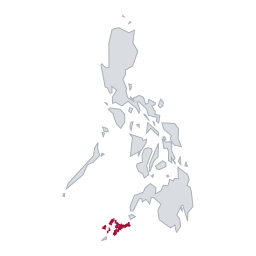 Sulu, Sulu, Philippines shown in context
{"feature_id": "2640588B7308386302326", "entity_name": "Sulu", "entity_type": "district", "adm_level": 2, "iso_a3": "PHL", "parent_name": "Philippines", "parent_adm1": "Sulu", "projection": "natural_earth1", "projection_center": [120.931, 5.941], "detail": "fine", "context": "in_parent", "style": "filled", "palette": "rose", "viewbox_px": 256, "rotation_deg": 0, "n_neighbors": 0, "source": "geoboundaries", "source_scale": "gbopen_adm2", "svg_char_len": 8589}
<svg xmlns="http://www.w3.org/2000/svg" viewBox="0 0 256 256"><path d="M118.8,27.7L128.8,32.8L134.4,30.2L132.9,42.7L137.8,51.2L132.7,66.0L125.5,70.0L125.6,74.1L122.8,79.5L126.8,88.8L125.9,91.2L127.8,97.7L133.8,101.5L133.6,98.0L139.3,95.4L143.5,97.4L145.7,104.3L148.4,102.9L148.7,99.4L155.3,102.9L155.2,104.7L151.8,105.9L155.4,111.9L155.0,114.4L159.8,115.5L158.7,122.9L156.2,121.0L157.2,117.4L148.6,115.4L146.6,109.1L138.9,101.8L137.2,102.1L139.9,109.9L139.0,113.0L136.0,107.9L127.9,101.3L122.1,105.9L115.4,102.2L112.6,103.4L112.3,97.4L116.7,90.2L111.9,86.5L112.0,92.8L110.0,93.2L107.4,87.9L105.2,87.0L101.0,64.9L101.8,63.8L106.2,68.1L109.0,67.2L108.9,43.1L112.1,29.4L118.8,27.7ZM177.9,167.1L187.6,174.6L189.2,179.7L187.0,185.3L190.0,187.0L191.3,191.5L193.0,206.5L187.8,212.7L187.7,221.2L182.8,205.1L180.9,206.2L176.8,215.2L179.6,218.7L180.7,226.4L176.4,232.3L174.8,224.9L170.7,228.0L159.2,219.7L157.9,210.4L160.9,204.1L153.5,197.5L151.2,197.7L149.8,203.9L145.9,199.3L142.4,202.0L141.7,199.0L139.4,198.4L133.0,211.1L130.5,210.8L130.0,207.2L134.3,195.5L143.3,192.2L145.2,187.8L150.4,183.6L156.0,187.8L155.3,193.9L160.7,191.0L163.5,185.2L167.9,185.8L169.8,179.4L173.4,181.0L174.4,178.5L178.3,178.7L177.9,167.1ZM148.8,174.7L144.4,178.0L142.7,173.9L138.6,171.4L136.4,166.0L137.4,163.8L142.5,161.9L142.0,155.3L144.2,149.3L147.9,147.6L151.4,148.7L152.1,151.0L146.7,165.4L148.8,174.7ZM174.6,123.5L178.6,128.8L178.0,138.2L181.3,146.7L174.6,145.2L171.9,142.2L170.3,138.8L171.3,135.5L163.9,129.4L161.8,122.9L174.6,123.5ZM129.8,134.1L142.3,138.2L143.0,140.6L146.6,139.1L146.1,143.0L141.4,150.3L130.4,156.3L132.4,137.4L129.8,134.1ZM82.9,174.9L66.4,188.9L68.2,183.4L93.5,155.7L94.6,147.9L98.0,142.6L97.6,148.3L99.8,155.4L93.1,162.3L87.6,164.6L82.9,174.9ZM109.4,108.0L120.2,109.3L124.5,114.0L124.8,121.8L120.7,128.4L116.4,123.8L112.8,113.4L108.6,109.6L109.4,108.0ZM165.7,142.1L170.5,141.7L171.8,144.2L171.6,150.9L175.1,158.4L173.4,160.3L171.3,157.5L171.8,162.7L168.5,160.6L168.6,151.0L166.9,148.1L164.0,148.7L162.4,139.1L165.7,142.1ZM149.5,171.9L149.7,163.8L158.5,143.2L158.0,157.0L153.9,161.2L149.5,171.9ZM166.0,166.6L159.7,169.5L157.1,169.1L155.5,166.1L162.5,160.7L165.8,162.8L166.0,166.6ZM147.6,122.6L158.4,132.3L158.5,135.7L150.8,128.4L146.6,133.0L147.6,122.6ZM162.6,106.2L160.2,107.7L158.3,105.7L160.8,99.1L163.4,102.4L162.6,106.2ZM135.4,216.6L130.5,219.5L128.8,215.6L131.8,214.4L135.4,216.6ZM102.5,127.1L107.1,128.4L108.3,131.6L104.2,131.7L102.5,127.1ZM129.8,107.6L132.5,108.8L131.0,112.9L128.6,110.9L129.8,107.6ZM118.0,224.5L123.1,227.0L115.8,226.8L118.0,224.5ZM180.8,164.6L178.2,161.4L180.5,156.3L180.2,159.4L180.8,164.6ZM132.9,121.6L131.1,130.2L129.9,126.6L131.0,122.4L132.9,121.6ZM106.2,236.5L106.5,239.1L101.5,240.6L106.2,236.5ZM131.4,84.6L131.2,88.4L130.0,90.0L128.8,84.0L131.4,84.6ZM140.4,151.6L138.3,156.6L138.2,153.7L140.4,151.6ZM104.5,133.1L103.3,136.7L102.1,132.5L104.5,133.1ZM166.1,139.8L164.4,139.9L162.8,137.1L164.8,136.7L166.1,139.8ZM139.1,124.1L139.1,127.3L136.6,124.7L139.1,124.1ZM187.3,166.4L184.9,165.8L186.0,162.3L187.3,166.4ZM145.0,114.3L149.4,120.8L143.8,114.4L145.0,114.3ZM104.1,154.3L101.2,156.1L102.0,153.2L104.1,154.3ZM153.4,174.6L152.8,177.3L151.2,175.9L153.4,174.6ZM154.0,122.2L154.9,126.1L152.8,121.2L154.0,122.2ZM64.5,196.5L63.0,196.3L63.3,193.9L64.5,193.6L64.5,196.5ZM168.9,176.7L167.0,176.9L166.8,175.4L168.0,175.1L168.9,176.7ZM182.2,210.9L180.9,209.2L181.3,207.4L182.2,208.3L182.2,210.9ZM106.9,103.2L107.7,105.4L105.4,102.8L106.9,103.2ZM174.6,161.4L175.4,164.3L173.3,160.8L174.6,161.4ZM130.7,22.3L128.5,24.1L130.1,21.5L130.7,22.3ZM133.3,99.6L130.3,97.9L130.4,96.8L133.3,99.6ZM122.7,15.4L124.6,17.4L122.5,16.0L122.7,15.4Z" fill="#d9dde1" stroke="#a8b0b8" stroke-width="1"/><path d="M121.3,228.0L121.2,228.2L121.4,228.1L121.3,228.3L121.4,228.2L121.5,228.2L121.4,228.0L122.3,227.3L122.6,227.4L122.6,227.6L122.7,227.0L123.1,226.9L123.3,226.7L123.2,226.1L122.7,225.9L122.5,226.0L122.4,226.2L122.2,225.9L122.0,226.1L121.3,225.7L120.3,226.1L119.6,224.8L119.1,224.6L117.7,224.7L117.6,225.1L117.3,225.3L116.4,225.6L116.1,225.9L115.8,226.8L115.9,227.3L116.3,227.4L116.5,227.7L116.7,227.8L117.8,227.2L118.2,227.5L118.3,227.8L118.5,228.0L118.6,227.9L118.7,227.7L118.4,227.7L119.2,227.5L119.4,227.2L119.7,227.2L119.8,226.9L120.0,227.1L120.2,226.7L120.8,227.2L120.8,227.3L120.6,227.5L120.7,227.8L121.0,227.7L121.1,227.9L121.3,228.0ZM112.0,219.8L111.5,220.2L111.0,221.9L110.5,221.8L110.4,222.1L111.2,222.3L111.8,222.1L111.9,220.5L112.1,219.9L112.0,219.8ZM115.5,232.4L115.1,232.7L115.1,233.1L115.2,233.7L115.6,234.1L115.9,234.0L116.3,233.3L115.8,232.8L115.8,232.6L115.5,232.4ZM119.5,228.4L119.3,229.0L119.4,229.4L119.7,229.5L120.3,229.2L120.1,228.6L119.5,228.4ZM127.8,224.6L127.7,224.8L128.0,225.2L128.4,225.6L129.1,226.1L129.8,225.7L130.3,225.2L129.1,225.7L128.5,225.4L127.8,224.6ZM114.9,233.4L114.9,232.9L114.7,232.8L114.3,232.9L114.0,233.6L114.1,233.8L114.5,233.9L114.6,233.7L114.9,233.4ZM115.3,230.6L114.9,230.7L114.8,231.3L115.6,231.3L115.7,231.1L116.0,231.0L116.0,230.9L115.3,230.6ZM116.3,229.8L116.0,230.1L115.9,230.6L116.0,230.8L116.6,230.5L116.6,230.0L116.3,229.8ZM127.0,225.2L126.6,225.2L126.6,225.4L126.8,225.6L126.3,226.1L126.5,226.2L126.9,226.1L127.0,225.8L127.4,225.5L127.0,225.4L126.8,225.5L126.9,225.3L126.7,225.3L126.6,225.2L127.0,225.2ZM123.0,225.1L122.7,225.5L122.8,225.8L123.2,225.8L123.4,225.4L123.0,225.1ZM112.8,221.0L112.6,221.5L112.7,221.3L112.8,221.4L112.8,221.7L112.7,221.4L112.4,221.8L112.5,222.1L112.9,221.7L113.0,221.2L112.8,221.0ZM113.6,219.2L113.0,219.5L113.6,219.8L113.6,219.2ZM110.2,223.3L109.8,223.4L109.6,223.6L110.1,223.9L110.3,223.5L110.2,223.3ZM118.4,230.8L118.0,231.1L117.7,231.0L118.1,231.4L118.5,231.1L118.4,230.8ZM125.3,226.4L125.3,226.5L125.1,226.7L125.2,227.1L125.6,226.7L125.3,226.4ZM114.8,234.2L114.9,233.4L114.6,233.7L114.6,233.8L114.5,234.0L114.4,234.1L114.4,234.3L114.7,234.6L114.8,234.6L114.8,234.4L114.7,234.6L114.6,234.3L114.8,234.2ZM128.6,223.3L128.3,223.6L128.4,224.0L128.8,223.7L128.6,223.3ZM128.9,223.7L128.5,223.9L128.6,224.2L129.0,224.2L128.9,223.7ZM115.8,220.7L115.4,220.7L115.4,221.2L115.6,221.2L115.8,221.0L115.8,220.7ZM125.0,225.8L124.9,225.4L124.7,225.6L124.6,226.2L125.0,225.8ZM105.4,226.2L105.3,226.3L105.2,226.4L105.6,227.3L105.6,227.1L105.4,226.7L105.3,226.3L105.5,226.4L105.4,226.4L105.5,226.6L105.4,226.2ZM111.2,223.8L111.2,224.1L111.4,224.3L111.5,224.0L111.2,223.8ZM103.1,227.8L102.9,228.0L103.4,228.2L103.1,227.8ZM109.4,229.0L109.4,229.4L109.6,229.6L109.6,229.3L109.4,229.0ZM117.0,222.8L116.9,223.0L117.0,223.3L117.0,223.0L117.1,222.9L117.3,223.0L117.2,223.2L117.4,223.2L117.0,222.8ZM104.1,227.8L104.0,228.0L104.0,227.9L104.1,228.0L103.6,228.2L104.1,228.1L104.1,227.8L104.1,227.8ZM117.7,230.2L117.4,230.2L117.5,230.5L117.7,230.2ZM123.6,224.8L123.5,225.2L123.6,224.8ZM104.0,227.0L103.7,227.1L103.8,227.2L103.7,227.2L103.7,227.3L104.0,227.3L103.8,227.2L104.0,227.0ZM128.8,222.2L128.8,222.5L128.9,222.4L128.8,222.2ZM116.6,223.2L116.1,223.6L115.9,223.8L116.2,223.5L116.3,223.6L116.5,223.3L116.6,223.2ZM120.3,228.8L120.4,229.1L120.8,228.9L120.5,228.9L120.5,229.0L120.3,228.8ZM117.4,230.8L117.4,231.1L117.6,231.3L117.7,231.2L117.4,230.8ZM113.7,234.1L113.7,234.3L113.8,234.3L113.7,234.2L113.9,234.3L114.0,234.8L114.0,234.5L113.9,234.3L113.7,234.1ZM120.4,228.2L120.5,228.5L120.4,228.2ZM118.7,228.2L118.6,228.3L118.7,228.5L118.6,228.4L118.6,228.5L118.8,228.4L118.7,228.2ZM107.7,231.9L107.7,232.1L107.8,232.0L107.7,231.9ZM105.6,226.5L105.4,226.7L105.5,226.8L105.5,227.0L105.6,226.8L105.5,226.7L105.5,226.8L105.6,226.5ZM127.0,224.8L127.2,225.1L127.3,225.1L127.0,224.8ZM105.0,227.7L104.9,227.7L104.9,227.8L104.9,227.7L104.9,228.0L105.0,228.1L105.0,227.7ZM115.5,222.6L115.4,222.7L115.4,222.8L115.6,222.8L115.5,222.6ZM109.6,229.8L109.5,230.0L109.6,229.8ZM121.9,225.5L121.8,225.8L121.9,225.7L121.9,225.5ZM114.5,234.0L114.3,234.0L114.5,234.0ZM118.2,222.9L118.2,223.0L118.2,222.9ZM126.5,224.6L126.4,224.7L126.4,224.8L126.5,224.7L126.5,224.6ZM110.8,224.3L110.9,224.5L110.9,224.4L110.8,224.3ZM103.6,227.7L103.5,227.8L103.5,228.1L103.6,227.7ZM115.8,232.4L115.6,232.3L115.6,232.5L115.8,232.4ZM121.2,224.6L121.1,224.8L121.3,224.8L121.2,224.6ZM116.1,224.0L116.3,224.1L116.1,224.0ZM116.6,233.2L116.3,233.0L116.6,233.2ZM126.5,225.7L126.4,225.7L126.4,225.9L126.5,225.7ZM110.6,225.1L110.6,225.3L110.6,225.1ZM117.2,223.3L117.1,223.1L117.2,223.3ZM110.5,223.7L110.4,223.8L110.5,223.8L110.5,223.7ZM104.0,227.6L104.0,227.3L104.0,227.6ZM122.6,225.9L122.4,225.8L122.5,225.9L122.6,225.9ZM109.4,230.4L109.5,230.1L109.3,230.4L109.4,230.4ZM115.4,234.2L115.5,234.2L115.3,234.1L115.4,234.2Z" fill="#f43f5e" stroke="#9f1239" stroke-width="1.5"/></svg>